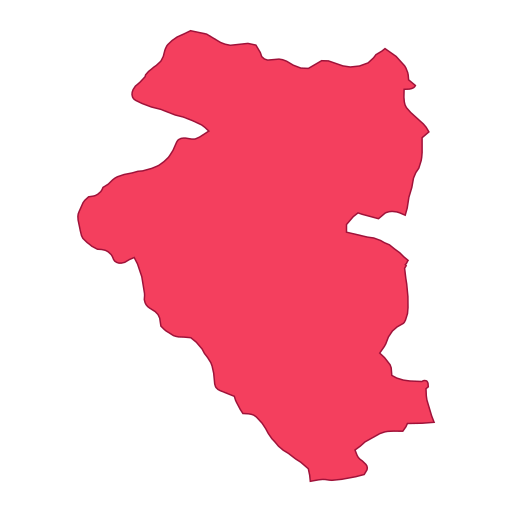 outline of Bulgan
{"feature_id": "MNG-3323", "entity_name": "Bulgan", "entity_type": "Province", "adm_level": 1, "iso_a3": "MNG", "parent_name": "Mongolia", "parent_adm1": "", "projection": "robinson", "projection_center": [103.32, 48.825], "detail": "fine", "context": "isolated", "style": "filled", "palette": "rose", "viewbox_px": 512, "rotation_deg": 0, "n_neighbors": 0, "source": "natural_earth", "source_scale": "10m", "svg_char_len": 3600}
<svg xmlns="http://www.w3.org/2000/svg" viewBox="0 0 512 512"><path d="M190.5,30.7L206.6,34.1L220.6,42.5L225.1,44.2L230.3,45.3L247.9,43.4L255.9,45.1L260.3,52.5L261.7,56.6L264.4,59.0L267.7,60.1L279.0,59.1L282.6,59.7L286.6,61.2L293.3,65.2L300.9,68.1L308.4,68.4L321.6,60.7L328.4,60.9L342.9,65.9L350.3,67.0L359.5,66.0L368.1,62.9L373.6,57.8L376.0,54.6L381.9,51.1L385.0,48.6L396.1,56.4L404.6,65.8L405.9,68.0L407.7,72.6L408.2,75.0L408.6,79.8L415.4,85.5L414.7,86.7L413.6,87.7L411.6,88.6L409.3,89.1L404.1,89.3L403.9,97.2L404.3,101.8L405.0,104.8L406.4,107.6L410.7,112.5L423.4,124.0L426.1,127.2L428.9,131.9L422.1,137.7L422.1,152.6L421.7,157.4L421.2,160.5L418.8,168.2L415.8,172.6L413.5,178.1L411.8,187.5L408.9,197.2L407.2,208.1L405.2,215.2L399.6,212.8L396.7,211.9L392.1,211.4L389.1,211.7L386.4,212.5L385.1,213.1L378.5,218.7L362.2,214.3L358.0,212.9L353.3,216.6L346.5,224.5L346.5,232.2L367.4,237.1L373.8,238.0L380.6,240.5L384.4,242.7L389.4,244.8L394.6,249.0L399.8,252.8L403.8,256.8L408.1,260.4L407.5,261.3L406.5,263.3L405.3,264.7L406.2,265.7L404.6,268.2L405.8,278.3L406.7,284.0L407.9,296.6L408.0,307.6L407.5,313.6L405.5,320.0L404.3,322.3L403.4,323.3L397.1,326.9L392.4,331.0L388.4,337.0L385.8,343.8L384.3,346.5L379.7,353.1L384.6,357.7L390.1,364.8L391.2,367.9L391.8,375.4L396.6,378.0L403.4,380.1L410.0,381.0L421.9,381.5L422.9,380.9L424.2,380.5L425.9,380.7L426.7,381.0L427.3,381.7L428.0,383.2L428.3,386.8L426.0,388.7L426.3,395.8L426.9,400.0L431.6,415.8L434.1,422.3L422.4,423.2L407.4,423.5L405.9,426.8L402.8,431.2L393.6,431.1L387.6,431.4L384.8,431.9L379.8,433.6L365.0,441.9L360.3,446.1L355.0,450.0L357.1,455.4L358.2,457.3L359.8,459.1L362.4,461.0L365.9,464.4L366.9,466.0L367.3,467.9L367.0,469.8L364.2,474.5L355.8,476.7L341.7,479.3L331.9,480.3L329.3,480.1L325.3,479.5L322.7,479.4L318.7,479.8L310.3,481.3L309.7,475.3L308.3,468.7L300.6,462.1L295.7,459.0L288.3,453.3L283.2,450.2L278.5,446.2L274.8,441.8L271.9,438.7L268.3,433.5L265.6,428.5L262.1,423.2L256.4,417.0L253.7,415.1L251.3,414.3L248.5,413.8L242.9,413.5L240.3,409.5L236.6,402.5L235.6,400.4L234.3,396.3L227.8,393.7L220.1,390.6L217.9,389.4L216.0,387.5L215.4,386.3L214.7,383.9L213.7,373.3L212.1,366.0L210.8,362.6L207.6,357.5L204.5,353.5L202.1,349.0L196.3,342.2L190.8,337.7L184.1,337.1L178.6,336.9L176.0,336.4L173.5,335.6L166.0,330.9L164.2,329.4L160.9,326.1L159.7,318.1L158.0,314.5L155.2,311.6L149.8,308.2L147.7,306.6L146.1,304.7L145.1,302.7L144.3,299.6L144.6,295.5L144.5,293.3L141.8,276.7L137.5,263.9L134.2,257.5L129.3,259.6L124.8,262.3L121.4,263.1L118.9,263.1L116.7,262.4L114.8,261.2L113.6,259.5L112.4,256.6L111.2,254.6L108.3,251.9L105.8,250.5L104.5,250.1L101.7,249.5L97.4,249.2L91.9,246.3L89.5,244.3L87.1,242.5L82.9,238.4L81.5,235.6L80.2,230.3L80.0,229.2L78.1,220.0L77.9,216.4L78.2,214.0L79.1,211.6L83.1,202.6L84.8,200.3L88.6,196.8L93.3,196.1L95.2,195.6L97.7,194.3L100.8,191.6L102.1,189.5L103.0,187.4L108.3,184.1L112.6,179.9L114.8,178.2L117.3,176.8L124.1,174.5L132.3,172.9L137.9,171.3L142.6,170.9L151.7,168.4L156.8,166.3L158.9,165.3L164.0,161.6L168.4,157.4L169.7,155.6L173.0,150.4L176.7,142.0L177.8,140.3L178.8,139.5L181.1,138.4L183.4,138.1L185.6,138.1L191.8,139.1L194.4,139.1L195.7,138.8L199.5,137.1L208.8,131.1L204.8,127.3L201.6,124.9L192.4,120.6L183.2,117.0L175.2,115.0L160.6,109.3L151.4,107.0L142.1,103.5L135.9,100.5L134.1,99.3L133.0,97.9L132.5,96.9L132.0,94.6L132.2,92.2L133.1,89.6L135.4,86.1L140.0,82.2L145.1,76.7L145.6,74.8L148.6,71.4L151.5,69.1L153.7,67.2L156.2,65.5L160.1,61.9L161.1,60.8L163.3,56.4L164.8,50.5L165.4,48.8L166.8,45.9L167.8,44.6L172.1,40.5L177.1,37.0L184.2,33.8L190.4,30.8L190.5,30.7Z" fill="#f43f5e" stroke="#9f1239" stroke-width="1.5"/></svg>